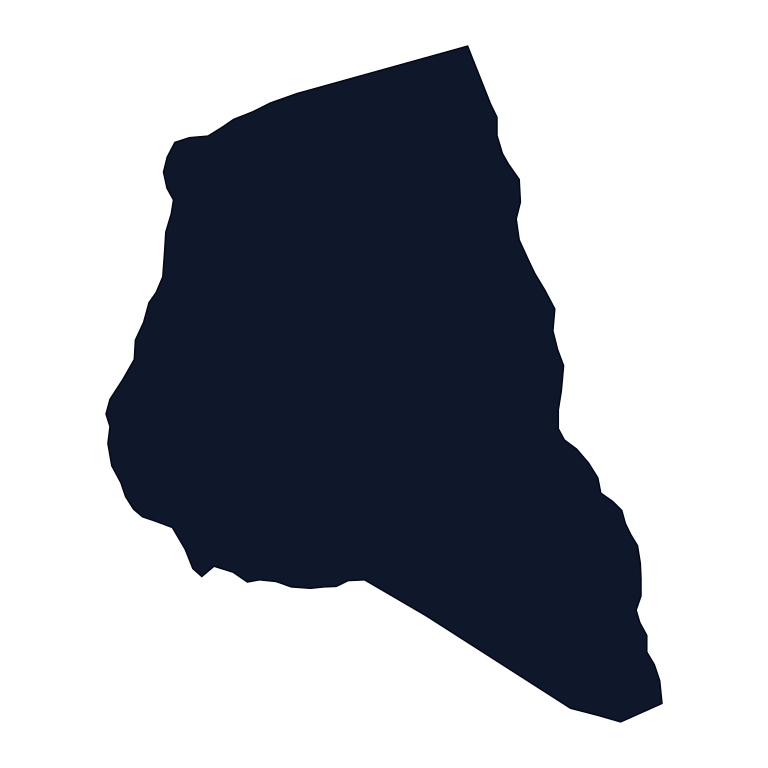 Ouriçangas, Bahia, Brazil
{"feature_id": "56859067B43695486502690", "entity_name": "Ouriçangas", "entity_type": "district", "adm_level": 2, "iso_a3": "BRA", "parent_name": "Brazil", "parent_adm1": "Bahia", "projection": "natural_earth1", "projection_center": [-38.654, -12.01], "detail": "fine", "context": "isolated", "style": "filled", "palette": "ink", "viewbox_px": 768, "rotation_deg": 0, "n_neighbors": 0, "source": "geoboundaries", "source_scale": "gbopen_adm2", "svg_char_len": 1234}
<svg xmlns="http://www.w3.org/2000/svg" viewBox="0 0 768 768"><path d="M270.8,102.8L252.8,111.8L233.6,119.4L222.4,127.1L207.9,136.1L189.4,137.7L174.9,142.4L167.2,157.1L163.5,172.1L167.0,188.2L173.5,199.9L171.2,214.1L165.8,232.1L164.6,251.7L162.8,276.8L156.2,292.4L149.0,302.7L143.6,322.4L135.4,340.1L134.3,359.4L122.8,379.6L110.0,399.3L106.0,414.0L110.0,426.5L107.9,443.5L111.8,465.8L120.9,482.7L125.6,496.6L133.6,509.2L142.5,516.8L153.9,520.6L172.4,527.5L185.2,549.3L192.9,568.6L201.8,576.5L214.0,566.2L233.1,572.2L247.4,582.0L259.6,579.8L276.1,581.5L291.3,586.9L310.5,588.3L323.8,586.9L336.2,586.4L348.1,580.6L364.5,579.8L426.2,615.8L570.6,708.3L597.0,715.1L620.6,721.9L662.0,703.4L659.7,680.7L654.3,664.6L646.8,652.1L646.8,635.5L639.8,622.6L636.1,610.1L641.0,595.9L641.0,578.5L640.3,563.2L637.5,545.7L630.7,534.5L625.3,523.4L621.8,510.5L612.7,501.5L600.8,493.1L597.8,477.8L588.6,463.1L576.7,449.2L564.3,439.9L558.3,428.7L558.3,409.9L561.3,391.1L563.6,365.7L557.6,349.6L552.9,330.8L554.8,309.0L544.9,290.2L534.7,273.3L528.1,259.4L519.2,240.0L516.2,219.0L520.4,202.1L519.2,179.4L508.5,164.2L502.4,153.5L497.0,135.5L497.0,117.3L490.5,103.9L467.6,46.1L297.2,93.5L270.8,102.8Z" fill="#0f172a" stroke="#020617" stroke-width="1.5"/></svg>